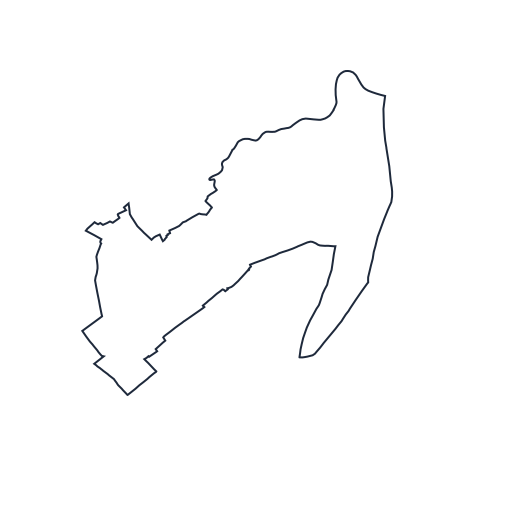 Tra Vinh, Trà Vinh, Vietnam, rotated 58°
{"feature_id": "81297802B52504001228047", "entity_name": "Tra Vinh", "entity_type": "district", "adm_level": 2, "iso_a3": "VNM", "parent_name": "Vietnam", "parent_adm1": "Trà Vinh", "projection": "natural_earth1", "projection_center": [106.333, 9.952], "detail": "fine", "context": "isolated", "style": "outline", "palette": "slate", "viewbox_px": 512, "rotation_deg": 58, "n_neighbors": 0, "source": "geoboundaries", "source_scale": "gbopen_adm2", "svg_char_len": 5778}
<svg xmlns="http://www.w3.org/2000/svg" viewBox="0 0 512 512"><g transform="rotate(58 256 256)"><path d="M153.4,219.7L153.9,220.3L154.9,222.0L156.6,224.9L157.3,226.1L157.9,227.4L158.2,228.7L158.3,230.4L158.1,231.9L158.1,232.8L158.4,233.8L158.6,234.7L159.5,235.8L160.4,236.4L161.6,236.8L162.6,237.0L163.2,237.3L164.2,238.3L165.2,239.3L165.7,240.6L166.0,242.0L166.3,244.2L166.2,245.3L166.0,246.9L165.8,248.0L165.4,250.5L165.4,251.9L165.4,252.8L165.6,254.1L166.0,254.8L166.4,255.0L166.7,255.0L167.2,254.7L167.5,254.1L167.7,253.5L168.0,252.7L168.4,251.7L168.7,251.1L169.1,251.0L170.0,251.0L170.9,251.5L172.1,252.6L173.2,253.6L174.0,254.1L174.7,254.3L175.2,254.5L175.8,254.5L176.8,254.5L177.7,254.4L178.9,254.3L179.2,254.3L179.5,255.9L179.6,259.2L179.5,261.3L179.8,264.8L179.9,265.4L180.5,266.0L181.1,266.3L181.5,267.0L182.1,268.3L182.4,269.4L182.7,269.7L184.0,269.5L187.0,268.7L188.7,268.2L190.5,267.9L191.4,267.7L191.7,268.1L192.0,269.2L192.5,270.6L193.1,271.7L193.6,272.8L194.0,273.9L194.3,275.0L194.8,276.2L193.8,277.2L192.6,278.9L191.3,280.5L190.1,281.5L189.8,282.3L189.4,289.4L189.3,296.0L189.4,297.0L188.7,300.2L189.5,303.6L189.8,305.2L189.4,309.8L188.5,316.0L191.1,316.8L190.8,319.6L191.5,319.8L191.5,321.4L192.6,321.7L193.4,324.4L193.8,324.9L194.1,327.1L192.5,327.0L186.8,326.3L186.2,330.4L186.2,332.8L186.9,336.0L179.1,338.1L177.0,338.7L174.1,339.3L170.4,340.2L167.8,340.8L159.1,340.9L157.6,341.0L153.7,340.8L147.7,337.9L144.9,336.7L143.9,336.2L144.1,337.6L144.8,342.2L148.3,342.0L147.6,347.9L147.4,349.1L147.4,349.6L147.3,350.4L147.3,350.8L147.5,351.2L147.7,351.3L147.8,351.3L148.5,351.5L148.9,351.6L149.8,351.6L150.8,351.5L151.3,351.6L151.5,353.2L151.7,357.2L151.9,359.8L150.7,360.7L149.8,361.2L149.3,361.6L149.2,363.7L149.1,365.0L148.7,367.7L148.5,369.3L147.9,369.6L145.5,370.6L145.4,373.1L143.6,374.2L141.8,375.0L142.5,378.5L142.7,379.9L143.5,384.5L144.4,386.9L152.5,382.2L159.8,378.2L161.0,380.2L161.8,380.7L162.5,380.8L163.0,380.8L163.4,380.7L163.8,381.5L166.3,384.5L169.0,388.2L169.2,388.4L170.6,390.2L172.1,391.8L173.7,392.5L174.2,392.7L177.5,394.2L180.0,395.4L182.5,396.9L186.2,400.1L187.5,401.5L188.8,403.1L191.4,405.4L196.1,407.3L203.3,410.1L210.8,412.9L216.8,415.3L223.8,417.9L224.6,418.1L225.6,418.5L226.1,424.7L227.2,439.5L227.5,443.0L233.8,442.7L234.0,442.7L240.5,442.2L243.5,441.7L243.9,441.6L246.8,441.3L250.4,440.8L251.9,440.6L254.2,440.5L256.9,440.1L259.0,439.7L260.4,438.3L261.7,450.3L264.0,449.4L265.6,449.0L268.5,447.7L270.4,447.1L270.7,446.9L272.4,446.4L277.7,444.3L278.1,444.2L279.2,443.9L285.1,441.7L285.3,441.7L287.4,441.6L289.5,441.4L291.6,441.4L292.7,441.3L297.3,440.2L299.4,439.9L303.7,439.0L305.5,438.7L305.8,438.5L305.3,433.8L304.7,428.5L303.8,423.4L303.3,418.3L302.7,413.3L302.2,410.8L301.8,407.8L301.4,404.6L301.3,402.2L301.0,401.7L298.2,402.4L289.2,404.2L287.3,404.7L284.3,405.4L284.4,402.9L284.0,400.3L284.8,400.1L284.7,397.0L284.5,391.4L284.4,390.3L281.8,390.4L281.1,386.4L280.1,381.0L279.7,377.8L275.9,377.8L275.5,376.8L275.2,374.7L274.7,368.8L274.0,362.6L273.6,356.8L273.5,354.6L273.3,352.8L273.2,352.0L273.2,350.6L272.4,334.2L272.1,328.5L271.9,326.9L270.2,327.4L269.9,327.4L269.3,322.6L268.8,320.0L268.3,315.7L267.5,311.0L267.2,308.8L267.0,305.5L266.6,302.1L267.1,301.6L268.0,301.1L269.1,300.9L269.6,300.7L269.5,300.0L269.3,297.6L268.2,297.4L268.7,296.0L269.2,293.2L269.0,290.6L268.6,288.7L267.8,284.4L266.9,281.4L266.4,279.4L265.2,275.1L264.0,271.0L263.8,270.4L264.2,270.0L264.2,269.6L264.0,269.1L263.7,268.9L263.2,269.0L262.9,268.4L262.5,266.6L262.3,265.9L260.6,265.8L260.2,265.7L261.2,260.3L261.5,259.0L262.6,253.9L263.4,250.4L263.6,248.3L264.5,244.0L264.9,242.6L265.6,239.0L265.8,237.0L265.9,234.9L266.4,232.8L266.7,231.5L267.6,228.1L268.1,226.1L269.2,221.0L269.9,216.5L270.0,215.3L270.8,210.9L270.9,210.1L271.7,205.2L272.7,202.2L273.9,200.7L275.0,199.9L276.9,198.6L279.4,197.4L280.9,196.2L282.0,194.8L283.9,192.2L285.5,189.5L289.1,184.7L289.8,183.5L295.7,189.0L301.8,194.1L307.9,199.3L314.3,207.1L318.2,211.0L320.6,215.3L323.4,219.6L325.8,222.3L329.8,227.1L331.0,228.7L331.8,230.4L332.8,232.7L336.6,239.4L339.2,244.1L343.6,250.8L347.1,255.2L350.6,259.5L354.9,263.9L358.8,267.7L360.9,269.4L362.7,270.9L364.9,272.8L365.0,272.8L366.6,270.4L367.4,268.6L368.5,265.9L370.2,260.6L370.1,257.8L369.3,255.4L367.7,250.2L366.1,245.9L365.7,244.9L359.9,227.3L358.2,222.8L356.6,218.0L355.4,215.6L353.2,210.9L351.7,206.7L350.4,204.2L346.0,194.5L341.8,184.8L338.2,176.0L337.9,174.9L336.0,173.8L333.4,172.1L328.0,166.6L324.8,163.4L320.2,158.5L315.0,154.0L310.9,149.5L304.2,142.7L292.7,127.9L287.7,121.0L287.5,120.8L284.4,116.3L283.3,114.6L282.6,113.6L282.0,112.7L277.6,109.0L273.5,106.4L269.9,104.6L264.0,102.1L250.5,95.4L233.7,88.3L233.4,88.1L226.6,85.3L214.6,79.3L198.8,70.0L188.7,61.7L185.5,64.8L182.0,67.9L178.6,70.7L175.3,73.2L172.5,74.7L170.1,75.5L166.4,75.8L159.9,75.6L157.2,75.4L155.2,75.5L151.8,76.4L149.2,78.3L147.8,80.0L146.6,82.1L146.1,84.0L146.1,86.8L146.5,89.1L148.0,92.3L149.7,94.3L152.6,97.1L156.8,100.2L161.7,103.1L165.3,104.8L167.9,106.0L169.0,106.8L170.4,108.5L172.1,111.1L173.0,112.7L173.3,112.7L174.5,115.4L175.3,117.4L175.9,119.0L176.0,120.4L176.1,122.1L176.0,124.5L175.3,127.2L174.7,129.1L173.6,130.8L170.7,134.7L167.1,139.3L165.8,141.0L164.5,144.2L164.1,147.2L164.2,149.9L164.3,152.1L164.6,155.6L164.9,157.4L164.9,159.0L164.5,160.7L163.8,162.2L162.9,164.6L162.2,166.2L161.7,167.4L161.2,169.9L160.9,172.9L160.6,174.2L160.0,175.3L159.1,176.8L158.0,178.5L157.1,179.7L156.1,181.5L155.9,182.4L155.9,183.4L156.0,185.6L156.7,187.7L157.5,189.4L158.1,191.5L158.3,192.6L158.3,194.0L157.9,195.2L156.5,196.7L155.0,198.2L153.3,199.6L152.3,200.9L150.8,203.3L150.0,205.3L149.8,207.1L149.6,209.5L149.9,211.2L150.9,213.0L151.8,214.6L152.8,216.7L153.3,217.9L153.5,219.0L153.4,219.7Z" fill="none" stroke="#1e293b" stroke-width="2"/></g></svg>